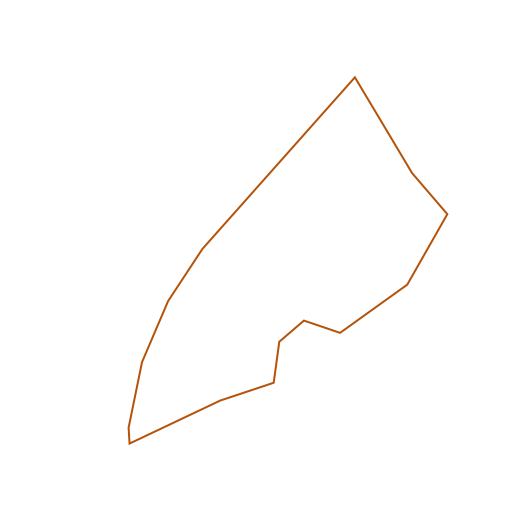 the border of Liverpool, rotated 66°
{"feature_id": "GBR-5668", "entity_name": "Liverpool", "entity_type": "Metropolitan Borough", "adm_level": 1, "iso_a3": "GBR", "parent_name": "United Kingdom", "parent_adm1": "", "projection": "orthographic", "projection_center": [-2.925, 53.412], "detail": "fine", "context": "isolated", "style": "outline", "palette": "amber", "viewbox_px": 512, "rotation_deg": 66, "n_neighbors": 0, "source": "natural_earth", "source_scale": "10m", "svg_char_len": 353}
<svg xmlns="http://www.w3.org/2000/svg" viewBox="0 0 512 512"><g transform="rotate(66 256 256)"><path d="M375.9,447.8L361.0,442.2L306.6,403.3L261.4,354.6L227.7,302.0L133.0,93.0L191.8,85.9L243.7,79.7L295.6,64.2L343.7,129.5L360.4,210.5L334.5,238.5L343.8,269.6L379.0,291.4L373.5,347.4L375.9,447.8Z" fill="none" stroke="#b45309" stroke-width="2"/></g></svg>